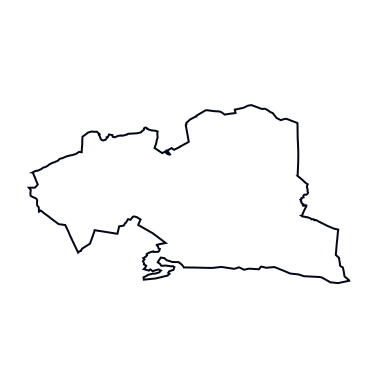 the district of Smiltenes pag., Smiltenes, Latvia, rotated 184°
{"feature_id": "27541924B96099783973372", "entity_name": "Smiltenes pag.", "entity_type": "district", "adm_level": 2, "iso_a3": "LVA", "parent_name": "Latvia", "parent_adm1": "Smiltenes", "projection": "robinson", "projection_center": [25.881, 57.456], "detail": "fine", "context": "isolated", "style": "outline", "palette": "ink", "viewbox_px": 384, "rotation_deg": 184, "n_neighbors": 0, "source": "geoboundaries", "source_scale": "gbopen_adm2", "svg_char_len": 5904}
<svg xmlns="http://www.w3.org/2000/svg" viewBox="0 0 384 384"><g transform="rotate(184 192 192)"><path d="M301.4,123.6L300.4,124.8L298.9,125.4L299.0,125.6L298.8,125.9L298.5,126.4L298.2,126.8L297.6,127.7L297.6,127.9L290.2,133.3L289.3,136.3L286.8,145.3L286.5,147.1L276.9,146.3L263.5,145.1L263.4,145.3L262.3,152.6L257.9,153.7L257.7,153.8L256.3,156.6L255.7,156.8L254.0,160.3L253.7,160.4L251.4,160.0L249.4,163.0L248.2,163.6L245.4,163.1L241.4,161.0L243.4,155.4L228.3,148.1L214.7,139.3L220.8,137.7L224.2,136.5L223.5,136.4L222.5,135.8L222.1,135.3L221.6,133.8L221.2,133.2L220.1,132.9L220.6,131.1L220.9,130.5L221.3,130.1L221.6,130.0L224.9,129.6L226.5,129.6L226.6,130.0L229.5,129.0L230.1,128.5L231.0,128.3L232.9,126.9L232.4,125.6L233.7,124.4L233.7,124.1L234.3,123.9L235.2,123.1L236.0,122.6L234.7,121.4L236.1,119.7L234.8,117.4L234.9,116.4L232.6,115.3L233.0,113.9L234.2,112.2L234.7,111.7L229.5,110.6L228.2,111.9L225.6,110.2L224.0,111.0L220.0,112.4L217.5,111.5L218.8,109.9L219.6,109.3L223.4,107.9L225.3,107.8L230.1,106.3L231.6,105.1L234.4,103.5L233.9,101.2L222.3,103.2L210.6,106.9L208.7,108.8L210.1,109.7L209.3,111.2L206.7,112.4L205.2,112.9L204.8,113.9L204.4,115.8L204.8,115.8L205.0,116.2L205.4,116.5L206.3,116.7L207.4,116.4L207.8,116.4L212.7,116.8L216.9,116.3L217.3,116.3L217.7,116.4L218.7,117.9L219.7,118.6L220.4,118.9L220.8,119.2L221.3,119.5L218.6,124.4L215.0,124.1L212.6,122.2L209.5,121.5L208.3,121.3L207.1,120.8L200.5,121.1L197.9,119.4L196.7,118.4L195.4,117.0L194.9,116.2L184.2,116.8L169.0,117.5L165.6,117.8L157.6,119.3L147.1,118.5L144.6,118.3L142.8,118.9L140.4,120.0L139.9,120.1L139.5,120.0L134.7,118.1L130.2,119.4L129.5,119.5L119.9,119.6L119.6,119.8L118.3,122.1L117.7,122.4L112.6,121.6L104.6,122.9L94.0,119.5L88.3,117.5L79.9,117.2L74.5,115.8L63.9,116.0L58.7,116.1L57.6,116.0L55.9,115.5L54.2,114.7L47.7,111.6L40.0,111.3L29.0,114.4L29.3,115.0L30.1,115.6L30.6,115.9L31.0,116.3L32.4,117.3L33.5,118.0L34.0,118.6L35.4,124.5L35.8,125.6L36.0,126.7L36.4,127.3L37.0,127.7L38.2,128.1L38.8,128.5L39.0,128.8L39.3,129.6L39.4,130.0L39.4,130.3L39.6,130.9L39.5,131.2L40.7,135.9L40.6,136.2L40.8,136.6L41.3,137.0L44.2,139.3L44.1,143.0L44.0,151.1L43.8,155.0L43.7,161.0L43.5,164.7L47.6,165.3L54.7,167.7L64.5,171.8L66.0,172.6L66.5,172.7L67.5,172.4L68.0,172.4L68.3,172.7L68.3,172.9L68.4,173.1L68.7,173.3L69.8,173.3L70.8,173.0L71.6,173.7L72.3,174.1L73.7,174.5L74.0,174.5L74.4,174.7L74.8,174.7L75.1,174.9L75.4,174.8L76.4,175.0L76.7,174.9L77.2,175.1L79.0,175.3L79.7,175.2L80.2,175.4L80.3,175.8L80.7,175.7L81.2,176.0L80.8,176.1L80.7,176.2L80.6,176.4L78.8,181.4L76.9,185.9L76.9,186.2L76.9,186.5L77.1,186.6L77.9,186.8L79.2,186.1L79.7,186.0L80.1,186.1L80.4,186.3L80.5,186.6L80.5,187.0L80.3,187.1L80.1,187.1L80.1,186.8L79.8,186.8L79.7,186.9L79.9,187.4L80.3,187.3L80.6,187.4L80.6,187.7L81.4,188.2L81.8,188.6L81.9,189.0L82.2,189.3L82.3,190.0L82.5,190.1L82.8,190.5L82.6,191.2L82.6,191.4L82.7,191.6L83.0,191.7L83.3,192.0L82.4,192.7L82.3,193.0L82.4,193.5L81.1,194.1L80.3,194.6L80.7,195.3L80.6,196.1L80.3,196.6L79.9,197.0L79.4,197.2L78.0,197.2L77.7,197.4L77.6,197.6L77.2,197.7L76.5,198.5L76.2,199.5L76.8,200.8L76.8,202.4L77.3,203.9L77.8,205.1L77.4,207.0L77.1,207.8L79.0,208.8L82.9,211.9L87.9,215.5L87.7,215.6L87.8,216.0L88.1,228.2L88.6,237.2L89.2,243.9L90.3,252.8L91.4,265.9L91.7,268.2L99.0,270.4L102.4,271.5L103.2,271.6L105.3,271.1L108.4,269.9L112.8,271.7L117.0,276.4L119.2,277.1L121.8,278.7L124.6,280.0L125.2,280.1L128.1,279.7L138.6,282.8L142.1,282.1L142.9,281.7L145.7,280.0L147.6,279.3L150.9,278.3L155.0,277.2L154.1,273.9L156.4,273.3L156.7,273.3L159.7,272.7L164.8,271.5L166.3,272.5L167.7,273.3L169.3,274.1L172.3,274.3L172.8,274.2L175.6,274.2L182.3,274.6L183.1,274.6L184.4,274.3L192.6,268.6L193.5,267.7L193.3,267.5L194.1,267.2L199.1,264.1L201.2,261.8L202.6,260.4L202.2,259.3L202.4,258.8L202.9,258.4L198.7,241.8L207.0,236.5L206.9,236.4L207.0,236.3L212.7,232.9L213.7,233.3L215.4,234.4L216.5,233.6L219.3,231.8L219.8,231.7L216.6,228.0L217.3,227.7L217.6,227.9L218.6,228.0L219.9,228.7L220.1,228.8L220.1,229.1L220.1,229.6L220.7,229.5L220.8,229.6L220.7,229.8L220.3,230.2L220.3,230.3L220.4,230.6L220.8,230.9L224.4,228.7L232.4,233.3L231.1,238.1L230.9,240.4L230.1,243.8L230.7,248.2L230.5,249.9L233.1,250.6L236.5,250.6L238.8,251.1L240.8,251.8L241.2,252.3L241.6,252.2L242.0,252.8L243.0,253.1L244.2,252.3L244.4,251.8L244.3,250.8L245.3,249.8L246.3,249.1L247.0,248.0L250.6,246.8L258.8,245.7L258.9,245.8L259.6,245.6L260.4,245.3L260.5,245.2L260.6,244.9L260.8,244.8L262.2,244.4L262.6,244.2L263.2,243.9L264.4,243.6L265.3,243.4L265.7,243.2L266.2,243.3L266.4,243.5L266.6,243.5L266.8,243.3L269.1,243.0L273.0,241.2L274.5,241.4L275.0,241.6L275.3,243.2L278.8,243.6L279.7,241.0L281.0,240.6L280.8,239.6L281.8,238.1L282.5,238.0L284.1,237.2L285.4,237.5L286.3,238.0L286.5,238.3L286.8,238.7L287.8,241.1L288.9,242.5L288.2,243.2L289.0,243.8L291.2,245.5L293.8,245.2L296.1,245.4L299.8,244.1L303.0,241.2L305.1,239.6L305.0,234.7L304.8,232.5L304.9,226.6L304.8,224.0L307.1,224.1L307.5,224.1L309.3,222.8L310.4,221.9L311.0,221.6L312.3,221.2L314.2,220.4L316.6,219.9L317.3,219.5L318.6,219.2L321.2,218.0L323.2,216.9L326.0,215.9L326.4,215.7L326.8,215.3L327.2,214.9L327.6,214.2L328.1,213.7L329.5,213.1L331.1,212.2L333.5,211.2L334.0,210.9L335.1,210.2L336.3,209.5L338.3,207.7L339.8,206.8L340.4,206.5L341.9,206.1L342.5,205.7L343.7,204.5L344.7,204.0L347.1,202.6L347.7,202.4L348.9,202.3L349.4,202.2L351.0,201.2L352.4,200.4L352.2,200.4L350.5,196.9L349.7,195.6L348.9,193.7L346.4,188.7L347.8,186.8L349.0,185.4L355.0,184.9L353.2,183.1L353.0,182.6L353.0,181.9L353.1,180.6L353.1,178.9L352.9,177.8L352.7,177.1L352.3,176.7L351.5,176.3L347.4,174.8L346.7,174.2L346.1,173.5L345.9,172.7L345.8,172.0L345.9,170.9L345.7,169.3L345.6,168.1L345.3,167.5L344.1,166.5L343.7,165.3L343.3,161.6L343.2,161.6L341.6,163.0L338.4,160.7L333.4,157.6L331.6,156.3L323.2,150.9L322.3,150.6L316.1,150.2L315.1,148.4L313.4,145.4L312.3,143.5L311.7,142.1L310.8,140.3L301.4,123.6Z" fill="none" stroke="#020617" stroke-width="2"/></g></svg>